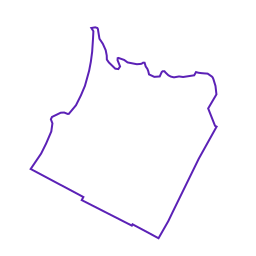 Clatsop, Oregon, United States of America, rotated 28°
{"feature_id": "52423323B41854352046463", "entity_name": "Clatsop", "entity_type": "district", "adm_level": 2, "iso_a3": "USA", "parent_name": "United States of America", "parent_adm1": "Oregon", "projection": "albers", "projection_center": [-123.747, 46.022], "detail": "fine", "context": "isolated", "style": "outline", "palette": "violet", "viewbox_px": 256, "rotation_deg": 28, "n_neighbors": 0, "source": "geoboundaries", "source_scale": "gbopen_adm2", "svg_char_len": 1052}
<svg xmlns="http://www.w3.org/2000/svg" viewBox="0 0 256 256"><g transform="rotate(28 128 128)"><path d="M206.7,211.0L207.3,191.4L206.9,181.3L204.9,121.8L205.6,85.2L203.8,85.2L189.6,73.1L190.3,56.8L185.5,49.8L180.5,44.8L179.0,43.6L177.9,43.2L172.8,42.6L169.2,44.2L166.8,45.2L164.1,46.2L161.8,46.7L161.7,50.4L152.7,57.1L148.9,58.5L144.8,61.7L141.7,62.5L138.9,62.5L135.0,61.4L133.6,60.8L131.9,61.7L131.5,62.8L131.8,67.6L127.2,70.5L121.4,70.8L119.1,68.2L117.2,66.6L114.8,65.4L112.0,62.6L110.7,63.2L109.8,64.9L108.6,65.8L105.9,67.5L103.4,68.3L96.8,70.3L92.7,69.7L86.7,70.6L86.1,71.2L86.9,73.0L92.1,77.4L91.8,80.5L88.9,81.6L80.3,79.1L77.2,77.5L75.2,74.0L71.8,69.8L66.3,65.5L60.9,62.6L57.1,57.6L55.0,54.8L54.0,54.1L51.8,54.5L48.7,56.9L52.0,58.8L55.2,65.6L60.6,77.6L64.1,87.0L66.8,95.7L70.2,111.0L71.1,121.2L71.4,132.3L69.1,143.3L68.1,143.9L64.4,144.3L61.4,146.1L55.7,153.9L55.8,156.5L59.1,159.4L61.9,167.1L63.0,180.1L63.3,191.4L61.3,209.9L121.0,209.9L121.0,213.4L177.2,212.4L177.2,210.9L206.7,211.0Z" fill="none" stroke="#5b21b6" stroke-width="2"/></g></svg>